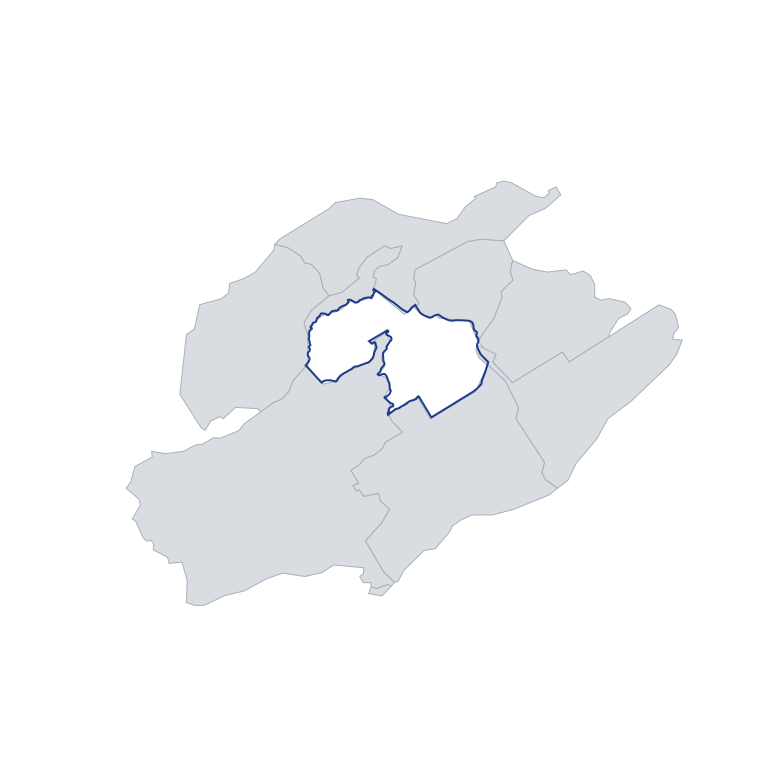 map of Zambia with United Republic of Tanzania, Democratic Republic of the Congo, Zimbabwe and 5 others greyed out, rotated 239°
{"feature_id": "ZMB", "entity_name": "Zambia", "entity_type": "country or territory", "adm_level": 0, "iso_a3": "ZMB", "parent_name": "Africa", "parent_adm1": "", "projection": "equal_earth", "projection_center": [28.807, -13.118], "detail": "fine", "context": "with_neighbors", "style": "outline", "palette": "blue", "viewbox_px": 768, "rotation_deg": 239, "n_neighbors": 8, "source": "natural_earth", "source_scale": "50m", "svg_char_len": 9276}
<svg xmlns="http://www.w3.org/2000/svg" viewBox="0 0 768 768"><g transform="rotate(239 384 384)"><path d="M480.3,203.7L528.1,240.1L528.9,250.0L546.9,266.9L541.0,287.8L541.7,297.4L549.7,303.6L546.5,318.2L546.2,331.4L555.5,358.6L560.0,362.3L550.0,372.1L536.2,378.6L528.7,378.3L524.2,383.4L512.2,385.9L497.3,381.2L487.9,382.5L484.5,359.7L477.8,347.1L465.6,344.0L440.3,328.9L433.5,307.6L426.3,298.2L423.7,288.3L425.0,279.5L422.7,263.9L427.9,263.1L440.5,244.6L437.0,228.5L440.6,226.4L441.4,216.4L436.4,206.8L440.8,204.7L480.3,203.7Z" fill="#d9dde1" stroke="#a8b0b8" stroke-width="1"/><path d="M421.9,243.5L425.0,279.5L423.7,288.3L426.3,298.2L433.5,307.6L440.3,328.9L435.3,327.2L415.1,332.1L411.6,342.9L414.4,350.3L410.6,387.1L422.7,396.7L426.1,393.6L427.1,411.7L417.6,411.6L407.9,395.2L398.3,392.8L395.5,384.0L387.9,389.3L377.9,387.0L373.7,379.4L359.9,378.2L359.2,373.0L349.1,371.6L332.9,375.2L333.4,355.2L329.2,348.9L328.2,338.5L330.0,328.4L327.4,321.8L327.1,311.2L311.9,311.4L312.9,305.3L306.5,305.3L305.9,308.3L298.1,308.9L293.1,323.0L286.2,320.6L273.8,324.4L265.9,310.0L259.0,287.3L221.9,287.1L208.7,291.0L206.9,285.8L210.1,284.0L212.4,272.3L217.0,268.7L220.3,270.4L224.5,263.9L231.4,264.1L232.2,268.9L237.0,271.9L254.8,247.6L254.3,233.6L259.7,217.1L273.7,200.2L275.2,194.7L277.6,182.6L278.5,157.9L284.8,138.2L286.8,116.2L291.7,107.6L298.5,102.1L316.8,114.1L335.4,119.1L340.9,107.5L346.7,109.2L360.7,100.8L365.7,104.4L369.7,103.9L371.6,99.7L376.3,98.3L393.8,100.5L398.0,98.7L405.6,112.7L411.3,114.7L427.5,109.4L430.5,116.6L441.6,127.9L440.8,147.8L445.9,150.1L437.0,160.6L429.5,177.4L428.8,191.0L425.9,197.5L425.8,210.3L422.1,215.0L418.8,235.7L421.9,243.5Z" fill="#d9dde1" stroke="#a8b0b8" stroke-width="1"/><path d="M445.0,560.5L423.6,557.9L415.9,550.5L406.5,548.0L402.8,531.9L397.6,530.1L383.6,512.0L372.4,486.3L394.3,489.6L411.8,465.3L416.3,464.0L417.8,458.2L424.8,451.6L434.2,449.3L435.0,455.5L445.3,455.2L453.7,462.8L459.6,464.0L466.0,469.3L463.2,528.7L458.0,542.0L445.0,560.5Z" fill="#d9dde1" stroke="#a8b0b8" stroke-width="1"/><path d="M423.6,557.9L406.4,569.9L395.6,582.0L388.0,598.9L381.5,600.2L378.3,612.9L370.6,616.7L360.8,615.9L349.9,609.4L344.1,613.2L341.3,620.9L329.9,632.8L321.4,634.5L318.6,628.8L319.4,619.1L311.9,603.8L308.6,601.4L307.5,554.0L319.5,553.4L318.9,494.8L346.9,488.5L351.7,495.3L359.5,488.8L372.4,486.3L383.6,512.0L397.6,530.1L402.8,531.9L406.5,548.0L415.9,550.5L423.6,557.9Z" fill="#d9dde1" stroke="#a8b0b8" stroke-width="1"/><path d="M307.5,554.0L310.2,660.5L299.8,668.6L293.5,669.7L280.6,665.6L278.3,658.8L273.5,654.4L268.1,662.3L258.8,650.3L253.6,638.7L241.9,586.6L239.0,558.2L227.3,538.0L217.1,507.9L206.6,491.8L205.4,479.1L218.5,473.1L226.6,473.6L234.1,481.1L286.0,479.2L294.7,487.2L324.5,489.5L357.1,479.0L365.2,480.0L370.0,483.7L351.7,495.3L346.9,488.5L318.9,494.8L319.5,553.4L307.5,554.0Z" fill="#d9dde1" stroke="#a8b0b8" stroke-width="1"/><path d="M465.6,344.0L477.8,347.1L484.5,359.7L487.9,382.5L484.3,395.3L487.6,417.1L491.9,416.8L496.4,422.2L501.4,434.3L502.3,455.8L496.9,459.3L492.9,470.8L485.0,460.5L484.2,448.8L486.9,441.1L486.2,434.4L481.3,430.1L477.9,431.7L464.3,419.3L468.2,403.8L472.1,397.9L469.8,384.0L474.6,365.8L471.4,351.5L465.6,344.0Z" fill="#d9dde1" stroke="#a8b0b8" stroke-width="1"/><path d="M487.9,382.5L497.3,381.2L512.2,385.9L524.2,383.4L528.7,378.3L536.2,378.6L550.0,372.1L560.0,362.3L562.0,369.8L562.6,427.5L564.6,435.7L555.6,459.2L547.6,469.5L522.1,483.8L489.3,520.1L488.1,531.8L493.7,544.2L496.1,558.7L498.2,557.9L495.5,581.4L498.3,584.2L496.4,590.9L491.2,596.7L466.6,610.9L461.3,616.8L462.2,623.6L465.3,624.7L464.1,633.1L455.1,632.9L451.4,612.9L453.7,594.9L445.0,560.5L458.0,542.0L463.2,528.7L466.0,469.3L459.6,464.0L453.7,462.8L445.3,455.2L435.0,455.5L433.1,437.4L470.8,423.7L477.9,431.7L481.3,430.1L486.2,434.4L486.9,441.1L484.2,448.8L485.0,460.5L492.9,470.8L496.9,459.3L502.3,455.8L501.4,434.3L496.4,422.2L491.9,416.8L487.6,417.1L484.3,395.3L487.9,382.5Z" fill="#d9dde1" stroke="#a8b0b8" stroke-width="1"/><path d="M217.0,268.7L212.4,272.3L210.1,284.0L206.9,285.8L203.4,273.0L212.2,262.9L217.0,268.7ZM208.7,291.0L221.9,287.1L259.0,287.3L265.9,310.0L273.8,324.4L286.2,320.6L293.1,323.0L298.1,308.9L305.9,308.3L306.5,305.3L312.9,305.3L311.9,311.4L327.1,311.2L327.4,321.8L330.0,328.4L328.2,338.5L329.2,348.9L333.4,355.2L332.9,375.2L349.1,371.6L354.8,372.6L356.2,377.8L354.8,385.9L357.1,393.8L355.2,400.1L356.3,405.9L330.4,405.7L330.4,458.8L347.1,482.8L324.5,489.5L294.7,487.2L286.0,479.2L234.1,481.1L226.6,473.6L218.5,473.1L205.4,479.1L203.9,468.7L209.5,431.6L215.9,409.7L226.7,391.3L227.8,378.8L226.9,369.3L223.1,363.2L216.4,342.9L220.7,332.7L214.0,305.1L207.6,294.3L208.7,291.0Z" fill="#d9dde1" stroke="#a8b0b8" stroke-width="1"/><path d="M435.7,451.5L433.9,451.5L430.7,451.6L427.5,451.6L424.5,452.4L422.0,453.8L419.0,455.8L418.1,456.7L417.3,457.3L416.9,458.1L416.6,459.9L416.6,462.6L416.3,464.5L415.5,466.3L411.0,468.5L408.1,470.3L405.2,472.4L403.1,475.1L401.6,478.4L399.1,482.6L396.7,486.2L394.0,490.0L391.1,491.4L388.6,491.0L385.6,489.5L383.2,489.2L381.4,490.2L379.8,489.9L378.3,488.3L377.0,487.8L376.0,488.2L374.7,488.1L372.3,487.3L370.2,484.6L369.1,483.5L368.3,483.1L365.8,482.7L360.1,482.1L359.6,482.2L357.2,482.7L354.3,483.4L351.8,484.0L349.1,484.7L346.7,482.0L343.8,478.8L340.9,475.4L338.7,472.6L337.6,471.0L335.7,468.9L334.3,467.9L333.8,467.4L332.3,461.9L331.5,456.7L331.5,452.9L331.4,447.5L331.4,442.2L331.3,436.8L331.2,431.5L331.2,426.1L331.1,420.8L331.1,415.4L331.0,410.0L331.0,407.4L333.9,407.4L337.1,407.4L340.5,407.4L344.2,407.4L347.9,407.4L351.6,407.4L354.2,407.4L354.9,407.4L355.7,407.2L355.8,406.7L354.7,404.0L354.7,403.1L355.0,401.3L355.4,399.7L356.0,397.7L356.0,396.5L355.5,392.6L355.6,390.4L355.7,388.1L355.8,386.0L355.6,384.5L355.8,383.7L356.2,382.5L356.4,381.2L356.6,380.6L356.5,380.1L356.3,379.1L356.1,376.9L355.8,373.8L355.5,371.6L356.0,371.8L356.9,372.0L357.4,373.0L357.7,374.2L358.3,374.3L359.9,375.0L360.5,376.0L360.9,378.1L360.7,379.2L360.2,380.0L360.7,380.8L361.8,381.3L362.5,381.2L364.3,379.7L365.1,379.5L366.0,379.2L366.9,378.8L369.4,378.2L370.8,377.9L371.5,377.4L372.1,377.4L372.5,377.8L372.1,379.3L372.0,380.6L372.5,383.1L372.9,384.3L373.7,385.1L374.2,385.6L374.9,386.5L376.2,386.3L379.2,387.6L380.1,388.2L381.3,388.8L382.2,389.0L385.2,389.4L386.4,389.7L388.4,390.1L390.1,390.2L391.3,390.0L392.1,389.7L392.6,389.2L392.8,388.9L393.2,387.7L393.8,385.0L394.0,384.2L394.7,383.8L395.5,383.5L395.9,384.0L396.4,387.0L398.8,389.7L399.6,391.9L400.1,393.9L400.6,394.4L401.5,395.1L402.9,395.3L404.2,395.4L406.8,396.8L408.9,397.9L410.4,398.7L411.1,399.3L411.6,400.3L411.9,401.1L412.3,403.1L412.8,404.6L413.6,404.9L414.4,405.1L415.1,406.1L415.6,407.1L416.7,409.4L417.5,411.0L417.7,412.5L418.6,413.6L419.8,414.0L420.9,414.1L421.6,413.6L423.2,412.8L424.4,411.9L425.3,411.6L425.9,411.7L426.3,412.4L426.5,413.6L426.5,414.3L427.4,415.0L428.1,414.7L428.3,414.0L428.3,413.6L428.3,410.2L428.3,407.2L428.3,404.5L428.4,401.1L428.4,398.2L428.4,395.7L428.4,393.2L427.8,393.4L427.1,393.9L425.4,394.0L424.8,394.4L424.6,395.1L424.7,395.9L424.7,397.1L424.5,397.6L423.8,397.8L422.7,397.4L420.8,396.8L419.2,396.5L418.1,394.9L416.6,392.6L415.6,391.5L413.1,389.1L412.7,388.6L412.0,387.4L411.3,385.5L411.0,384.3L410.7,383.3L410.4,381.9L411.0,379.8L411.8,375.6L412.4,372.7L412.7,370.5L413.9,368.2L414.0,366.2L413.5,363.6L413.7,362.2L413.7,358.6L413.8,355.6L413.8,354.1L413.5,351.5L412.7,348.7L410.9,344.7L410.9,343.9L412.0,342.9L413.6,341.3L414.5,340.3L415.4,338.9L415.9,338.2L416.8,336.5L417.4,335.0L417.6,333.2L417.2,331.4L418.1,331.1L421.2,330.4L424.5,329.7L428.1,329.0L431.6,328.3L435.1,327.6L438.3,326.9L440.4,326.5L440.7,327.7L441.4,329.7L442.2,331.2L443.1,332.5L444.0,333.3L444.5,333.5L447.9,333.5L449.2,334.2L450.2,335.2L450.5,336.8L451.2,337.8L452.0,338.5L452.3,338.6L452.9,338.5L453.8,338.4L454.6,338.8L455.0,339.1L455.1,340.4L455.3,341.0L456.5,341.2L457.7,341.3L458.8,342.2L460.1,342.4L461.5,342.7L462.2,343.7L463.7,344.7L465.5,345.5L466.9,346.5L467.6,347.0L467.6,347.4L467.9,348.3L468.3,348.9L468.3,349.8L468.5,350.6L469.0,350.8L469.5,350.9L469.9,350.3L470.4,350.3L471.0,350.7L471.2,351.6L471.7,352.9L472.4,353.8L472.9,354.6L472.7,356.2L472.4,357.6L473.4,359.0L474.8,360.3L475.1,360.9L475.2,362.9L475.4,363.5L476.3,365.2L476.8,366.3L476.7,366.9L474.3,370.1L473.5,370.5L472.8,370.6L472.1,371.3L471.7,372.0L471.9,372.4L472.1,373.5L472.7,375.2L473.2,376.4L472.7,378.0L471.8,380.6L471.3,380.8L471.2,382.8L471.5,383.5L472.0,384.1L472.2,385.4L472.2,387.2L472.1,388.7L471.5,392.5L472.6,395.8L472.9,396.1L474.4,396.2L474.7,396.4L474.3,397.4L473.7,398.3L473.3,398.8L471.3,399.9L468.6,401.2L468.0,402.4L467.6,404.1L467.9,405.1L468.3,405.7L468.1,407.2L467.9,408.8L468.0,410.0L467.8,411.1L467.5,411.7L467.0,413.4L466.4,415.0L465.9,415.8L465.2,416.6L464.1,417.3L464.1,417.6L465.3,418.4L465.7,418.9L465.8,419.3L465.5,419.6L465.3,420.1L465.8,420.6L466.5,421.1L467.2,422.2L467.8,423.7L467.9,424.3L468.1,424.5L468.3,424.5L468.7,424.3L469.4,423.4L470.0,423.1L470.7,424.3L468.0,425.5L466.6,426.2L462.6,428.0L459.1,429.5L458.2,429.8L456.4,430.6L455.5,431.0L452.3,432.4L451.0,433.1L449.9,433.8L447.3,434.8L444.9,435.7L442.2,436.7L439.2,437.8L437.5,438.6L436.4,439.3L433.7,440.7L433.6,441.0L433.6,441.9L433.9,443.9L434.6,445.6L435.2,446.7L435.5,449.3L435.7,451.5Z" fill="none" stroke="#1e3a8a" stroke-width="2"/></g></svg>